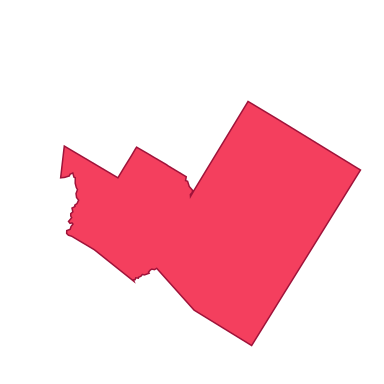 Maricopa, Arizona, United States of America, rotated 211°
{"feature_id": "52423323B41946106713870", "entity_name": "Maricopa", "entity_type": "district", "adm_level": 2, "iso_a3": "USA", "parent_name": "United States of America", "parent_adm1": "Arizona", "projection": "albers", "projection_center": [-111.877, 33.277], "detail": "fine", "context": "isolated", "style": "filled", "palette": "rose", "viewbox_px": 384, "rotation_deg": 211, "n_neighbors": 0, "source": "geoboundaries", "source_scale": "gbopen_adm2", "svg_char_len": 1154}
<svg xmlns="http://www.w3.org/2000/svg" viewBox="0 0 384 384"><g transform="rotate(211 192 192)"><path d="M60.6,177.1L59.9,226.0L59.4,261.3L58.9,297.6L156.4,298.5L190.6,298.5L190.7,274.0L191.0,218.3L191.1,196.2L191.0,187.4L192.1,189.0L191.6,191.8L192.3,193.7L197.2,195.3L201.3,198.9L203.4,198.5L204.8,202.1L226.8,202.1L227.3,202.3L242.7,202.1L250.7,202.1L256.7,202.0L262.6,201.9L262.7,200.1L262.6,192.0L262.8,178.0L262.8,169.0L262.8,166.0L278.8,165.9L325.1,165.6L323.0,160.9L311.9,136.5L308.7,138.9L305.4,142.6L305.7,144.4L304.0,146.9L300.8,143.9L299.4,144.1L296.6,139.3L293.4,136.2L291.4,135.1L290.6,130.9L288.1,127.8L285.0,126.6L284.6,122.9L285.7,120.3L284.8,119.3L286.6,116.4L283.9,113.6L284.8,111.0L283.6,109.0L281.9,108.0L282.7,103.2L280.4,102.3L279.0,103.7L277.5,103.2L277.9,100.2L277.2,97.3L279.5,94.4L278.1,91.9L275.7,91.3L272.4,92.1L246.0,92.2L230.4,90.1L195.7,85.5L197.0,86.5L195.6,87.6L196.0,89.5L193.6,90.5L193.9,91.4L192.4,93.5L192.1,95.7L190.0,96.5L186.9,100.3L188.0,100.9L187.5,103.8L186.7,105.2L184.2,106.1L182.9,108.4L165.5,103.0L129.3,91.8L61.8,91.1L61.0,151.0L60.6,177.1Z" fill="#f43f5e" stroke="#9f1239" stroke-width="1.5"/></g></svg>